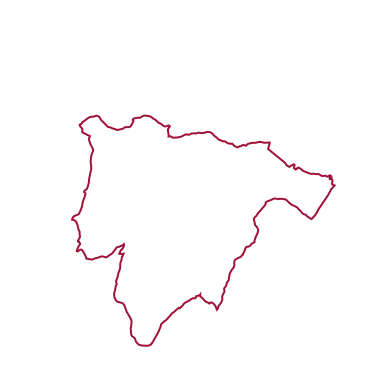 the district of Tibana, Boyacá, Colombia, rotated 331°
{"feature_id": "7082276B18442466536693", "entity_name": "Tibana", "entity_type": "district", "adm_level": 2, "iso_a3": "COL", "parent_name": "Colombia", "parent_adm1": "Boyacá", "projection": "mercator", "projection_center": [-73.383, 5.308], "detail": "fine", "context": "isolated", "style": "outline", "palette": "rose", "viewbox_px": 384, "rotation_deg": 331, "n_neighbors": 0, "source": "geoboundaries", "source_scale": "gbopen_adm2", "svg_char_len": 6013}
<svg xmlns="http://www.w3.org/2000/svg" viewBox="0 0 384 384"><g transform="rotate(331 192 192)"><path d="M126.4,78.7L126.0,80.0L126.6,83.5L126.2,84.8L125.3,85.8L125.1,86.4L125.2,87.0L125.9,88.1L127.1,89.6L128.2,91.5L129.6,93.1L129.8,93.7L127.7,95.4L127.1,96.9L126.3,101.5L126.3,104.5L126.0,107.3L125.2,108.3L122.0,110.9L120.5,112.7L118.0,116.4L116.5,120.3L114.9,123.2L113.7,124.6L111.0,127.5L107.9,131.3L106.5,133.6L103.0,137.2L101.3,138.4L98.6,138.9L97.9,139.3L97.6,139.8L98.0,140.5L98.0,141.5L97.8,142.2L95.3,144.6L92.2,147.2L88.2,151.9L86.2,153.6L82.7,156.2L81.8,156.5L79.1,156.1L77.0,156.0L75.4,156.6L74.0,157.6L73.7,158.0L75.5,159.8L75.8,160.5L76.1,161.2L76.2,162.0L75.9,165.2L74.6,169.8L74.5,172.0L73.0,175.0L72.5,176.6L72.1,177.1L69.0,179.1L68.4,179.7L68.3,180.0L69.1,180.6L69.1,180.9L68.8,181.2L69.1,181.7L69.1,183.0L68.8,183.4L67.2,184.1L66.2,184.7L64.0,186.4L62.6,187.8L62.8,188.1L63.2,188.5L65.8,188.3L66.6,188.4L67.3,188.8L67.6,189.2L67.8,189.9L68.0,194.1L67.7,198.1L67.3,199.1L72.1,202.8L75.5,203.1L77.0,203.7L80.7,204.2L81.8,204.5L83.1,205.5L84.7,207.2L85.4,207.5L87.5,207.5L89.1,207.2L91.2,207.2L92.8,206.9L99.4,203.9L101.5,204.5L103.1,204.7L106.4,204.9L107.1,204.6L107.0,205.1L106.0,206.5L104.1,207.6L103.4,208.1L101.6,208.4L100.4,209.1L99.7,210.2L99.2,210.5L98.5,210.7L98.8,211.1L100.0,212.0L102.3,212.8L100.5,214.3L99.1,214.9L97.2,217.5L95.4,218.8L93.8,221.0L92.7,223.1L91.0,225.0L89.5,226.3L88.6,226.9L85.9,230.1L82.3,233.2L81.9,234.4L81.6,235.8L81.2,236.4L79.8,237.1L77.2,240.5L74.4,243.3L73.1,246.7L72.9,248.8L72.9,249.9L73.4,251.4L74.1,252.3L76.7,254.8L77.2,255.6L77.7,256.5L77.9,258.7L76.8,265.1L77.0,272.6L76.5,275.8L73.8,279.8L72.4,281.3L69.9,286.7L69.6,288.2L69.9,289.5L70.6,290.7L70.9,292.0L70.9,293.4L70.5,295.0L70.6,296.8L71.2,299.0L71.7,300.1L72.9,301.2L74.4,302.4L78.7,305.0L80.4,305.4L81.7,305.5L83.6,304.9L93.3,299.1L95.0,297.9L99.2,294.6L100.6,292.9L101.4,292.6L104.5,291.8L107.0,291.5L109.6,290.8L110.2,290.4L113.3,289.5L114.4,288.9L115.9,288.4L118.0,288.2L122.6,287.1L123.6,287.1L124.1,286.9L124.7,287.6L125.3,287.8L126.4,287.3L128.0,287.1L130.4,285.9L131.5,285.6L134.1,285.5L137.6,285.6L139.2,285.3L141.0,285.3L141.7,285.5L142.6,286.3L143.2,286.4L144.3,286.1L144.5,285.6L145.0,285.2L147.2,285.7L148.1,286.1L148.6,286.0L149.5,285.6L148.8,286.8L148.7,287.5L150.1,291.2L150.2,292.4L151.1,295.0L152.2,296.2L153.0,297.9L153.5,298.0L154.7,297.6L155.0,297.7L156.1,298.9L156.6,299.7L157.2,302.6L157.0,305.6L156.7,306.6L156.7,307.1L158.6,306.1L159.7,304.7L160.8,304.2L163.4,303.1L165.4,301.7L166.8,300.2L167.2,298.9L167.8,298.0L169.3,296.7L171.5,295.3L172.4,294.5L172.7,293.0L173.2,292.2L173.6,291.8L175.9,290.8L176.9,290.0L178.7,288.1L179.7,287.6L181.4,286.9L183.0,284.5L184.2,283.4L184.9,282.2L186.0,281.3L189.0,279.4L191.7,278.3L192.6,277.6L193.3,276.9L195.2,273.5L196.1,272.6L197.5,272.1L201.3,272.1L203.3,272.4L203.7,272.3L205.3,271.4L206.3,271.5L206.9,270.6L208.3,269.9L211.2,267.4L212.3,266.6L213.1,266.3L214.5,267.0L216.1,267.3L217.2,267.0L218.4,266.4L219.5,266.1L221.7,266.3L222.4,266.1L222.6,265.9L222.8,265.2L223.0,264.9L225.6,262.5L229.3,259.8L231.4,257.6L231.8,255.6L231.8,253.9L231.2,251.7L231.2,251.1L231.9,249.4L232.6,246.5L233.0,245.6L233.9,244.9L235.0,244.4L236.3,244.2L240.0,242.4L249.3,239.0L250.6,238.1L251.1,237.3L252.1,236.6L258.3,237.4L260.0,237.4L261.3,237.8L262.7,238.9L263.6,239.9L264.7,240.3L265.1,240.3L266.7,241.3L267.7,241.7L270.3,244.0L270.8,244.9L270.9,245.7L271.6,247.5L271.6,248.3L271.8,248.8L272.4,249.9L273.0,251.4L275.7,255.2L276.6,256.6L276.7,257.8L277.9,261.9L278.2,263.8L278.4,264.5L279.4,266.1L280.5,267.1L280.7,268.7L282.6,272.4L283.5,273.6L287.8,272.2L289.6,271.4L295.1,268.0L308.4,261.3L311.0,259.8L315.2,257.0L319.9,255.4L318.7,253.7L318.3,253.4L318.2,253.0L319.5,251.3L320.6,249.7L320.6,249.0L320.5,248.6L319.8,248.0L318.9,247.6L318.9,246.8L319.7,246.0L320.2,246.2L320.6,246.7L321.2,246.7L321.4,245.8L321.0,244.6L320.7,244.3L320.2,244.2L318.3,244.3L317.5,244.0L317.3,243.4L316.8,242.7L315.8,242.1L314.2,241.5L313.5,240.9L313.0,240.5L312.4,239.1L311.6,238.0L311.1,237.6L310.4,237.1L309.1,236.5L306.9,234.7L305.8,234.4L304.7,233.7L303.2,232.1L299.8,227.9L299.0,226.5L298.5,224.8L297.8,223.5L297.3,223.1L297.2,222.5L296.8,222.2L296.1,222.0L294.9,222.5L293.8,222.5L293.3,222.4L293.3,221.6L292.8,220.8L292.8,220.5L294.2,218.6L294.8,218.2L294.5,217.2L294.1,217.0L289.3,217.2L287.7,214.5L287.6,211.8L279.4,191.3L283.9,186.7L284.0,186.4L279.5,184.2L278.5,183.5L276.7,181.8L275.4,181.0L273.2,180.2L271.4,179.8L270.7,179.3L267.7,177.9L266.5,177.7L264.8,177.1L264.3,177.0L263.1,177.2L262.1,177.7L261.3,177.5L260.8,176.6L259.3,175.6L258.6,175.4L257.4,175.7L256.6,175.5L255.8,175.1L253.8,175.1L253.1,174.7L251.4,172.4L250.7,169.6L250.5,169.1L249.1,168.6L248.4,167.8L247.2,167.1L246.7,166.4L246.1,165.0L245.4,163.7L244.9,163.3L243.5,162.6L242.2,160.7L240.9,159.3L240.0,156.5L238.7,153.7L238.1,150.6L237.0,148.6L235.8,147.7L235.2,147.3L233.7,146.7L229.7,145.6L228.6,144.9L226.9,143.5L225.8,143.1L224.2,142.9L222.7,141.9L220.1,140.7L219.2,140.6L218.1,140.7L217.6,140.6L217.1,140.4L215.2,139.1L214.4,138.7L213.2,138.4L210.1,138.5L206.1,137.4L202.5,135.7L201.5,135.1L201.1,134.5L201.0,134.1L200.6,133.4L200.3,133.0L199.8,132.6L198.4,132.1L199.2,130.8L200.7,126.7L201.4,125.5L204.5,123.7L204.5,123.4L204.1,122.7L203.5,122.4L202.6,122.2L201.0,122.0L199.6,121.1L198.6,119.3L198.1,117.7L196.4,115.3L195.9,114.1L195.5,112.5L194.9,111.0L193.3,108.3L192.9,107.0L192.5,106.3L191.6,105.1L188.0,102.4L186.4,101.8L185.7,101.7L182.8,101.9L181.6,101.5L180.5,100.6L179.0,100.3L178.2,99.9L177.1,99.6L175.7,99.7L175.0,100.2L174.9,100.5L175.1,101.5L174.5,102.2L170.4,104.7L169.7,104.9L168.1,104.6L165.4,103.1L164.1,102.9L162.6,103.1L161.3,103.0L159.0,102.2L157.8,102.0L156.3,101.2L155.5,100.0L154.3,98.9L152.7,97.1L152.6,96.7L152.0,96.0L150.1,94.4L149.8,93.4L149.1,90.6L147.6,85.8L147.3,83.2L147.4,81.4L145.7,79.1L145.0,78.8L142.6,78.4L140.3,77.3L138.5,76.9L135.6,77.1L131.9,77.7L129.9,77.8L128.4,78.8L126.4,78.7Z" fill="none" stroke="#9f1239" stroke-width="2"/></g></svg>